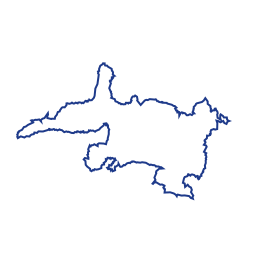 outline of Zacualtipán de Ángeles, Hidalgo, Mexico, rotated 211°
{"feature_id": "50627088B25803309385917", "entity_name": "Zacualtipán de Ángeles", "entity_type": "district", "adm_level": 2, "iso_a3": "MEX", "parent_name": "Mexico", "parent_adm1": "Hidalgo", "projection": "albers", "projection_center": [-98.564, 20.652], "detail": "fine", "context": "isolated", "style": "outline", "palette": "blue", "viewbox_px": 256, "rotation_deg": 211, "n_neighbors": 0, "source": "geoboundaries", "source_scale": "gbopen_adm2", "svg_char_len": 5810}
<svg xmlns="http://www.w3.org/2000/svg" viewBox="0 0 256 256"><g transform="rotate(211 128 128)"><path d="M166.5,165.7L168.6,166.0L169.3,167.7L170.3,168.6L171.3,168.8L172.5,170.3L176.6,170.2L178.1,170.7L179.7,169.8L181.0,170.6L181.3,171.3L182.7,170.6L182.7,169.4L183.8,167.1L183.2,163.7L182.1,162.1L182.8,161.0L182.2,160.6L181.9,159.5L180.6,158.8L176.8,149.9L176.3,145.0L173.2,138.4L172.8,136.3L173.4,133.2L174.9,132.1L175.8,132.3L175.7,131.8L176.8,130.3L176.2,129.9L176.7,129.4L177.7,129.7L178.4,129.4L179.0,126.4L180.1,126.2L180.4,125.4L181.4,125.5L183.1,124.8L183.8,124.1L183.8,123.2L185.9,122.8L186.6,121.4L187.5,120.8L189.1,120.9L189.6,119.7L190.8,118.5L192.9,117.9L193.4,117.4L192.5,115.9L192.9,113.1L194.6,112.2L195.2,111.3L195.4,108.2L195.1,107.0L196.4,105.5L195.8,102.6L196.2,100.1L195.5,98.2L198.0,96.8L198.4,96.2L202.2,95.0L203.3,96.6L203.4,98.2L204.3,99.4L204.7,93.5L206.0,92.0L206.9,89.8L206.0,88.9L208.5,89.6L210.3,88.0L211.7,87.3L212.9,85.7L214.2,85.3L214.8,84.6L212.2,83.8L215.3,79.2L216.4,76.5L217.7,75.2L217.9,71.9L219.8,69.0L219.5,68.0L220.1,67.5L219.4,66.2L219.6,65.4L218.5,64.4L218.4,63.4L217.2,62.6L215.6,65.6L211.9,66.5L210.8,68.7L208.0,70.0L207.9,71.4L207.2,72.8L205.6,74.2L205.9,75.9L203.4,77.0L203.0,79.0L199.1,81.2L195.3,85.4L195.2,86.6L194.7,86.8L193.9,86.1L192.9,87.2L192.2,87.3L191.3,88.7L190.5,89.0L189.7,88.6L188.5,89.7L187.2,89.6L185.9,91.6L185.3,91.4L183.6,92.1L180.5,91.6L179.1,93.3L177.6,93.6L177.0,94.2L173.9,94.7L171.9,95.7L171.5,97.1L169.8,97.9L170.0,98.7L169.4,99.3L166.2,99.6L166.0,99.9L166.4,100.5L165.0,101.0L165.3,101.5L164.6,102.3L163.2,101.4L161.8,102.8L160.8,102.9L160.0,104.5L160.2,105.7L159.5,105.6L159.1,106.6L158.1,106.7L156.7,107.8L154.3,107.9L154.0,109.0L151.8,112.0L151.7,113.6L150.2,117.7L150.3,118.7L150.9,119.2L149.1,120.8L148.8,120.7L149.1,120.2L148.9,120.4L148.5,119.6L148.0,120.5L147.3,120.4L146.9,119.8L147.1,119.3L146.2,119.5L145.4,118.1L143.2,116.9L143.1,115.8L141.3,112.8L140.1,108.8L139.3,107.6L139.5,105.9L138.5,102.8L140.9,102.1L144.9,100.0L145.7,98.6L144.7,96.9L148.5,96.7L149.3,95.1L150.6,94.3L150.5,92.8L151.1,92.4L151.8,92.9L151.1,88.9L150.9,89.7L150.8,88.8L149.5,88.0L149.9,86.7L148.6,84.8L149.0,84.0L146.7,82.3L146.1,81.2L149.5,80.1L149.8,78.3L147.4,77.7L145.3,74.7L143.1,73.9L139.5,73.5L138.4,72.2L137.0,72.2L136.4,74.0L135.5,74.1L135.4,75.5L133.7,76.0L132.0,77.5L130.2,79.9L131.3,81.8L131.1,83.3L129.7,84.4L130.3,85.5L130.8,85.7L129.8,88.1L130.9,89.8L130.0,89.9L130.2,92.0L128.7,92.7L128.2,92.3L127.7,93.0L127.1,92.8L127.2,93.4L126.5,93.3L126.1,94.2L123.8,94.5L123.5,95.1L122.0,94.1L123.0,93.2L122.5,92.3L123.1,91.7L122.7,90.5L123.3,90.5L123.1,89.6L123.5,89.0L122.9,88.1L122.9,87.3L124.8,86.7L124.4,86.3L124.8,86.0L124.4,84.0L125.3,83.2L123.9,82.5L122.9,83.1L122.8,83.8L121.5,83.9L121.3,83.6L121.3,83.9L120.4,83.4L120.1,84.1L118.9,83.0L117.3,85.1L118.9,87.1L119.2,88.2L118.7,88.3L117.8,90.2L117.4,91.8L117.8,92.6L115.0,90.8L114.3,90.9L113.2,91.9L112.6,94.1L111.5,94.4L110.6,97.3L109.1,98.8L108.1,99.0L108.0,100.0L106.8,101.3L107.0,101.6L105.8,102.3L102.8,102.8L102.5,103.3L99.6,104.6L98.3,105.9L94.8,107.4L90.2,107.5L89.6,108.4L87.3,109.0L86.7,109.6L84.7,109.8L84.2,109.4L82.1,110.7L81.0,110.9L80.8,110.6L79.4,111.5L77.2,111.3L79.1,109.9L80.0,109.9L81.5,105.6L81.1,104.3L80.5,103.9L79.8,99.1L77.7,97.6L78.3,93.0L77.8,93.0L77.5,94.5L76.0,96.0L71.2,96.0L69.8,97.1L67.0,97.4L66.7,96.3L67.1,95.3L66.0,94.5L64.8,94.6L63.4,91.5L58.7,94.6L55.0,95.5L52.7,95.4L51.1,94.7L51.4,95.8L51.1,96.5L47.4,97.6L44.7,99.4L41.1,100.9L40.4,101.1L38.2,100.4L35.9,100.8L37.2,102.0L37.2,103.6L41.0,105.5L41.4,107.8L43.4,109.4L45.5,109.3L47.6,110.1L48.7,106.9L50.8,109.6L52.7,109.3L54.1,113.9L54.1,115.2L52.4,117.2L52.6,119.4L52.1,119.5L51.6,118.9L51.3,119.3L50.0,119.3L49.9,120.4L49.2,121.2L46.9,121.8L44.8,121.0L44.0,122.6L43.3,122.7L42.3,120.9L40.4,120.0L41.0,120.6L40.9,122.1L41.3,123.6L40.4,124.8L41.4,125.9L40.9,129.1L41.4,129.2L41.9,132.0L41.1,133.3L42.8,135.5L43.3,138.0L44.8,140.4L44.8,141.3L45.8,142.1L45.8,143.4L46.7,144.4L47.6,144.6L47.6,145.3L48.2,145.6L48.0,146.7L50.6,146.7L50.9,152.4L52.1,153.2L54.3,152.7L54.1,155.4L54.3,155.8L55.8,156.4L56.0,157.0L55.1,159.8L56.3,162.2L55.3,162.6L54.0,164.2L54.7,165.1L54.1,165.7L55.4,167.4L55.7,169.1L53.9,171.3L52.5,171.5L51.0,173.0L54.0,178.3L55.9,179.9L54.3,180.4L51.7,180.5L50.0,183.1L48.0,181.9L45.7,182.2L46.0,184.7L44.9,186.1L46.0,185.9L47.4,186.3L48.7,187.9L51.2,186.4L52.7,187.2L55.6,187.4L55.6,186.7L54.2,184.1L52.8,182.9L56.5,182.9L58.5,185.5L58.7,186.9L60.0,188.2L61.4,188.6L62.9,189.8L63.6,189.2L63.1,187.6L64.5,186.7L65.2,184.8L65.9,185.1L66.8,187.3L67.7,187.8L68.6,189.2L72.1,189.7L73.4,191.8L77.1,193.4L77.2,190.6L78.0,188.4L81.7,184.6L82.1,183.7L81.9,182.2L82.5,179.9L81.5,178.4L81.7,177.9L81.1,177.0L80.9,175.3L80.7,174.8L79.9,175.0L78.8,174.6L79.5,174.1L79.9,172.0L81.9,171.8L83.2,169.8L84.3,169.2L86.5,170.0L88.1,169.6L88.5,168.9L89.2,169.3L90.0,169.1L90.6,167.8L90.4,165.0L92.3,167.9L93.7,166.7L94.2,167.2L94.0,168.0L95.1,168.3L95.8,167.8L97.7,169.0L97.0,170.4L99.2,170.9L100.3,170.4L102.4,170.5L106.9,169.2L107.7,169.5L111.5,167.4L111.8,168.0L112.4,167.9L113.2,166.9L114.8,166.3L115.7,166.6L116.8,166.0L118.6,166.9L119.3,166.7L119.6,166.2L124.3,163.9L125.4,162.1L126.9,161.5L127.8,160.2L129.0,154.3L134.3,156.3L134.5,157.3L136.4,159.4L138.6,159.5L138.8,158.3L140.1,157.6L140.4,156.1L139.9,153.7L139.0,153.3L139.2,152.3L138.8,151.6L139.1,150.5L140.1,150.3L140.4,149.2L141.2,149.4L142.8,148.5L142.5,147.1L144.1,145.9L146.0,145.3L146.2,144.8L148.0,145.1L148.6,144.5L150.2,144.9L152.5,144.4L154.2,145.9L157.9,145.2L157.8,146.4L159.2,147.6L159.6,148.8L161.0,149.6L161.3,150.5L162.2,150.7L164.6,152.5L165.7,157.5L167.3,158.5L166.9,159.4L167.6,159.6L167.0,160.3L166.7,162.8L167.6,162.4L167.9,163.0L167.2,163.2L167.2,165.0L166.5,165.7Z" fill="none" stroke="#1e3a8a" stroke-width="2"/></g></svg>